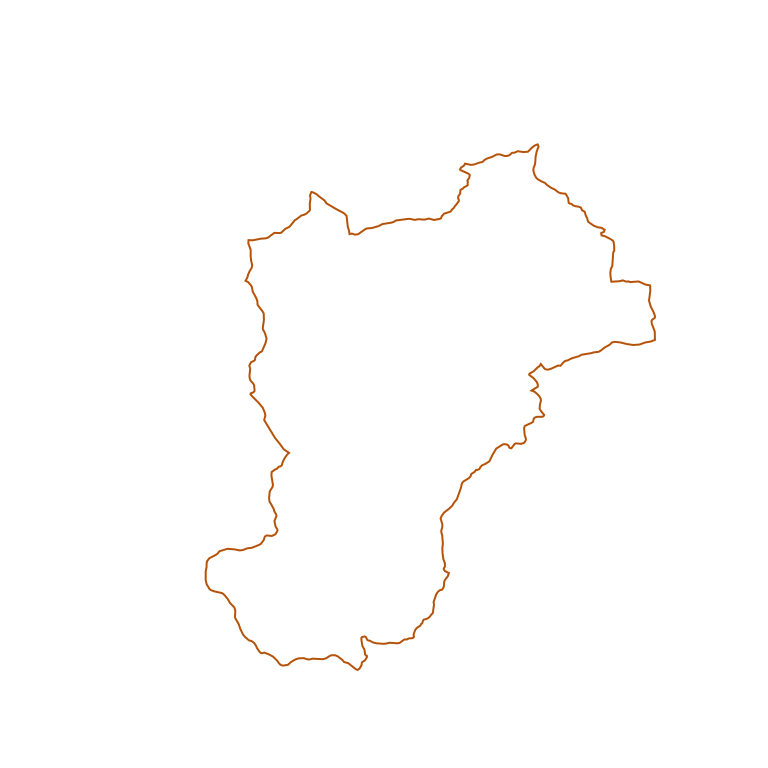 outline of Cusco, Cusco, Peru, rotated 314°
{"feature_id": "86281439B18210308777345", "entity_name": "Cusco", "entity_type": "district", "adm_level": 2, "iso_a3": "PER", "parent_name": "Peru", "parent_adm1": "Cusco", "projection": "natural_earth1", "projection_center": [-71.976, -13.539], "detail": "fine", "context": "isolated", "style": "outline", "palette": "amber", "viewbox_px": 768, "rotation_deg": 314, "n_neighbors": 0, "source": "geoboundaries", "source_scale": "gbopen_adm2", "svg_char_len": 6166}
<svg xmlns="http://www.w3.org/2000/svg" viewBox="0 0 768 768"><g transform="rotate(314 384 384)"><path d="M159.9,563.6L162.3,564.1L166.2,563.1L168.1,561.7L168.9,561.5L171.8,562.3L175.2,561.6L176.3,560.9L176.6,560.3L176.2,559.6L176.3,558.3L179.2,554.7L180.6,550.4L184.3,545.4L185.5,544.2L186.8,544.0L189.1,545.6L189.3,547.0L188.3,549.8L188.6,550.9L189.4,552.0L190.4,555.5L192.1,558.5L196.2,563.5L197.9,565.2L201.9,567.9L206.6,573.6L208.6,575.1L214.4,576.1L216.2,578.0L218.1,578.5L220.9,581.0L222.1,581.4L223.0,581.1L223.8,579.8L225.3,578.8L228.9,577.3L230.4,577.1L231.6,577.1L235.5,578.0L237.2,577.4L238.4,577.7L241.0,576.4L242.2,576.3L244.4,577.7L246.0,578.3L248.3,578.6L251.3,578.2L253.1,578.3L260.2,573.1L261.5,571.2L268.9,567.7L272.1,567.1L274.6,567.5L276.6,568.7L278.6,568.2L280.1,567.6L283.0,565.1L285.1,564.0L290.1,563.4L293.1,562.0L291.8,558.0L292.2,555.8L292.9,555.1L295.2,554.5L295.8,553.9L297.5,552.1L299.3,548.3L302.8,543.8L306.5,540.0L310.1,537.2L315.9,530.6L316.7,528.9L318.1,527.2L321.6,525.3L323.5,523.6L326.6,518.1L329.0,517.2L333.1,516.5L340.0,517.5L344.2,517.6L346.4,516.9L351.6,516.5L363.4,511.2L365.5,509.6L367.5,508.9L369.3,508.9L374.9,510.4L377.6,510.4L379.9,509.3L383.7,510.2L386.2,509.9L387.0,510.8L389.0,511.7L391.6,511.0L393.5,511.0L397.2,512.5L401.7,513.5L408.7,511.2L415.5,509.6L423.2,511.5L424.8,512.9L425.9,514.7L426.2,516.1L425.3,518.2L425.6,519.5L426.3,520.3L431.5,519.6L432.9,520.1L436.3,524.3L439.1,525.7L441.9,525.1L443.1,524.3L445.0,520.7L449.3,515.7L451.1,514.6L451.9,514.5L458.6,517.1L460.5,517.5L462.8,515.9L464.3,515.7L466.4,516.6L470.4,520.7L471.8,521.1L473.0,520.7L473.5,516.0L474.3,513.1L477.6,510.4L480.7,508.7L482.1,507.2L482.9,505.1L483.3,501.9L483.0,497.5L481.7,494.7L488.9,496.5L490.4,495.1L491.1,493.7L491.6,492.3L492.1,487.7L491.4,482.2L491.8,481.7L492.6,481.5L497.1,482.8L503.1,483.0L504.6,483.5L507.3,482.9L506.6,488.5L506.7,489.9L508.2,492.0L511.4,493.7L518.2,496.4L519.7,498.3L524.4,498.0L526.4,498.3L528.6,499.7L533.3,501.4L539.3,504.9L542.3,505.8L550.1,511.6L552.3,512.8L556.2,516.0L558.5,516.7L563.2,517.3L568.9,519.0L572.4,519.2L574.6,520.7L578.0,525.0L581.6,531.2L585.4,536.4L589.9,540.4L595.2,543.0L599.6,546.2L603.9,548.3L609.9,542.2L613.3,534.9L615.1,532.7L616.4,532.3L619.7,532.8L621.1,531.8L623.0,527.9L624.9,522.3L628.0,516.8L636.3,510.6L639.8,506.9L637.2,503.1L634.6,495.9L628.2,490.2L627.6,488.5L626.0,487.3L624.4,483.8L621.4,481.9L615.5,476.5L619.0,471.9L621.5,469.3L624.5,467.2L627.4,466.3L638.0,457.4L639.7,457.1L643.0,453.9L645.8,450.3L646.1,448.8L645.5,445.9L643.7,440.0L642.0,437.3L643.4,435.4L646.3,436.5L648.2,435.6L647.5,432.1L645.1,428.7L643.6,424.9L642.5,418.4L643.0,417.1L644.3,415.2L645.5,411.8L647.3,408.9L646.6,405.6L647.6,403.3L647.1,401.4L644.7,397.9L643.8,395.7L643.8,393.9L642.7,391.9L642.6,391.0L645.6,387.4L647.0,382.5L644.0,378.6L643.0,376.2L642.5,371.6L641.3,368.2L640.4,363.2L640.4,359.9L639.1,356.4L638.1,352.4L638.1,350.3L639.1,346.9L641.4,343.0L643.7,341.3L646.3,340.3L648.3,339.0L652.8,335.2L657.2,332.4L662.2,330.2L663.1,328.1L660.1,326.7L658.6,326.5L656.2,326.2L651.1,326.2L647.7,323.2L644.4,318.5L641.0,317.2L639.3,315.5L635.7,315.3L633.3,313.9L631.9,312.5L629.6,307.8L627.4,305.6L622.7,304.1L617.8,301.5L614.8,300.6L612.8,300.7L611.7,300.3L608.9,298.5L604.4,296.3L602.0,294.3L598.8,289.2L596.7,289.8L592.9,289.1L591.2,289.6L591.0,290.4L594.0,298.8L593.9,300.5L591.6,302.1L588.3,302.6L587.5,304.1L586.5,304.6L585.4,306.0L583.9,305.9L581.1,304.9L579.6,305.0L576.7,304.2L573.7,306.6L570.7,307.0L570.0,307.5L569.1,308.3L568.3,310.2L567.7,310.7L563.3,311.4L561.4,311.4L559.5,311.9L557.1,311.7L554.3,312.1L548.2,308.9L544.8,309.0L542.8,309.9L541.5,309.4L536.8,306.1L534.2,301.4L530.3,298.9L526.6,294.4L523.4,292.1L520.4,287.4L510.7,279.6L509.3,278.7L507.5,278.5L505.3,277.3L498.0,271.8L493.8,270.4L487.7,266.9L484.6,264.1L483.0,263.1L473.7,261.3L471.3,259.4L469.9,256.4L467.9,255.1L470.2,252.0L471.9,248.8L479.0,240.2L479.0,236.4L476.8,228.8L474.0,217.3L474.7,213.8L473.7,205.8L473.8,204.0L472.6,200.0L471.7,198.4L468.4,199.7L466.1,202.6L462.3,205.2L457.8,209.8L456.9,210.1L452.7,209.8L450.1,208.9L447.8,207.5L441.5,206.6L440.2,206.1L431.5,206.8L427.0,205.2L421.4,205.0L420.0,204.0L416.5,200.1L408.8,198.9L406.7,197.8L402.9,194.4L396.1,189.7L393.4,186.6L390.9,188.7L388.0,194.8L383.7,198.9L380.5,202.6L377.9,206.7L375.4,208.2L371.7,209.0L368.2,210.3L365.8,211.7L362.0,212.7L362.9,215.3L362.6,219.8L361.8,221.8L359.2,225.6L357.0,232.6L355.5,235.5L353.1,238.1L351.8,246.4L351.2,248.4L346.8,253.0L339.7,258.2L339.0,259.3L338.6,261.2L337.3,264.1L335.0,268.1L331.0,270.4L322.7,273.5L320.3,272.7L315.6,272.5L314.0,272.8L311.7,274.4L310.3,274.4L307.3,273.2L303.7,274.3L302.0,277.2L296.7,281.3L295.1,283.0L293.8,285.3L293.4,289.9L292.8,291.5L289.6,295.2L288.7,295.9L286.7,295.7L285.3,294.8L284.5,294.7L283.9,295.0L283.6,297.2L283.4,306.8L282.7,313.3L280.7,317.9L279.1,320.4L274.8,322.9L269.4,343.5L268.7,349.8L267.4,357.3L268.5,363.5L265.8,363.4L261.7,364.0L258.1,365.1L254.3,367.0L252.7,366.7L251.5,365.8L248.4,365.8L246.9,365.1L242.7,364.3L240.0,366.5L234.2,374.3L232.5,375.3L227.4,376.4L222.0,380.7L219.6,383.8L219.4,385.5L217.3,392.0L216.3,393.4L215.3,396.9L214.4,398.3L209.3,400.4L206.1,405.1L205.4,408.1L204.6,409.2L200.5,410.3L196.8,408.9L193.5,404.8L192.3,404.4L191.3,404.4L188.1,405.9L183.6,406.5L181.2,405.8L174.5,402.8L170.8,399.8L166.7,397.9L164.1,395.9L161.2,391.3L156.7,385.9L149.4,381.8L146.6,382.1L144.8,381.9L137.4,379.4L133.7,379.8L131.9,380.9L128.7,383.8L125.5,385.8L119.1,391.9L116.8,395.5L115.3,400.8L115.4,402.4L117.0,406.0L121.1,412.8L121.4,415.2L120.8,420.9L119.5,425.3L119.3,431.6L117.6,434.6L113.1,438.4L112.2,439.8L110.2,446.6L108.1,450.6L105.9,456.4L105.5,459.4L105.8,465.0L107.1,467.3L107.5,470.7L106.7,474.1L105.9,475.7L105.0,480.0L104.9,482.1L105.3,483.0L107.6,484.5L109.5,488.9L110.8,493.4L110.8,499.5L110.2,501.8L110.1,504.3L110.6,505.9L111.4,507.1L115.3,510.0L119.1,510.2L121.9,510.9L124.5,511.7L127.4,513.2L131.1,516.8L132.7,520.1L134.0,521.7L136.7,523.3L143.4,531.0L146.2,532.8L151.1,534.0L152.7,534.9L154.9,537.3L155.9,539.7L156.6,545.7L156.3,548.5L158.3,552.1L159.3,561.8L159.9,563.6Z" fill="none" stroke="#b45309" stroke-width="2"/></g></svg>